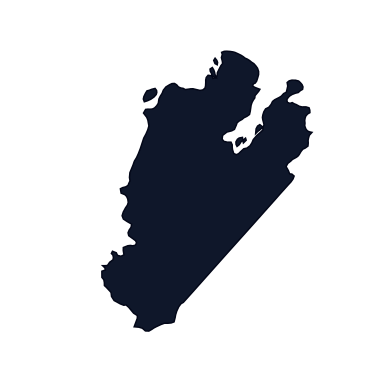 Curuçá, Pará, Brazil, rotated 26°
{"feature_id": "56859067B29190348828298", "entity_name": "Curuçá", "entity_type": "district", "adm_level": 2, "iso_a3": "BRA", "parent_name": "Brazil", "parent_adm1": "Pará", "projection": "albers", "projection_center": [-47.873, -0.754], "detail": "fine", "context": "isolated", "style": "filled", "palette": "ink", "viewbox_px": 384, "rotation_deg": 26, "n_neighbors": 0, "source": "geoboundaries", "source_scale": "gbopen_adm2", "svg_char_len": 4192}
<svg xmlns="http://www.w3.org/2000/svg" viewBox="0 0 384 384"><g transform="rotate(26 192 192)"><path d="M159.0,78.8L155.3,80.0L154.6,82.8L155.2,85.3L156.3,87.5L157.7,90.8L158.1,93.0L156.9,95.6L154.6,97.2L152.4,97.7L147.5,98.8L145.5,99.9L143.3,101.4L141.0,102.9L138.7,102.7L136.4,103.4L133.7,103.5L131.3,102.4L128.7,102.1L126.5,103.3L124.8,105.4L122.5,109.0L121.6,113.1L121.9,116.4L121.5,119.9L121.5,122.9L122.8,127.0L122.5,129.9L121.5,132.9L120.0,134.8L118.0,136.0L116.0,136.9L114.1,138.1L113.8,142.3L118.6,144.7L120.8,146.7L124.3,151.5L125.0,155.6L125.2,160.1L125.0,164.7L126.5,175.4L127.0,181.2L127.1,185.4L126.7,189.6L127.2,193.7L127.7,201.8L129.4,206.3L131.4,209.2L131.4,211.6L131.6,214.2L130.1,216.5L127.7,218.5L126.2,220.5L128.8,224.1L132.8,223.8L135.1,224.6L137.3,226.4L139.3,229.4L139.7,232.1L139.2,235.4L139.0,240.1L139.6,244.0L142.2,246.4L146.9,247.0L151.8,247.3L152.7,250.4L152.2,253.7L152.4,256.7L154.3,259.0L157.7,259.6L162.6,260.5L164.4,261.9L164.5,264.5L162.4,266.3L160.1,267.0L157.9,268.4L154.6,272.0L155.9,274.8L158.4,278.3L156.3,280.9L152.8,281.6L150.6,279.8L146.5,280.1L146.5,282.6L148.6,283.4L150.1,285.4L150.7,287.6L148.8,291.2L148.2,295.1L146.2,296.3L144.0,297.4L147.0,298.4L148.3,300.1L145.7,302.7L148.5,308.3L151.2,309.5L152.9,311.8L154.3,314.5L156.4,315.1L159.8,316.4L163.3,317.8L165.5,321.2L169.6,323.7L172.6,323.8L176.5,324.0L180.3,323.7L182.2,322.4L185.7,323.4L192.6,326.5L197.0,327.0L198.2,329.4L199.1,338.5L203.5,336.8L207.1,336.2L211.0,337.3L214.2,335.9L216.1,333.1L217.2,331.1L218.8,328.9L222.2,324.7L224.8,322.0L227.9,320.5L230.7,318.8L232.8,316.6L231.9,312.3L231.1,309.5L230.5,305.7L230.4,300.9L231.1,297.2L232.6,295.0L235.6,284.5L237.6,277.4L250.0,233.2L260.9,194.9L270.6,160.3L271.7,156.2L275.5,142.9L276.5,139.7L277.1,136.0L276.8,132.9L273.9,132.1L271.8,132.9L269.2,130.5L265.4,127.9L265.6,124.2L267.2,121.0L268.0,118.7L270.3,115.5L271.4,113.6L271.9,111.6L272.2,107.8L272.8,105.0L274.5,102.9L276.1,99.9L275.0,97.0L273.8,94.9L273.1,92.5L272.6,89.6L273.7,85.8L271.3,86.4L269.0,86.5L266.8,85.5L264.3,83.1L263.4,80.6L262.0,78.4L261.3,76.1L261.0,73.9L261.7,71.2L263.2,69.0L262.0,66.8L260.3,65.0L257.2,65.5L253.6,67.3L250.9,67.9L247.4,67.7L245.3,67.9L242.9,67.7L241.2,69.4L238.4,69.6L236.8,67.5L237.0,65.2L237.6,63.1L239.2,60.5L241.6,57.9L243.9,56.0L245.0,53.3L246.4,51.3L245.7,48.9L243.8,47.2L241.5,46.2L239.2,45.5L236.2,46.1L232.7,47.7L230.6,49.5L229.5,51.9L231.6,54.8L232.4,58.1L233.0,61.0L231.2,63.4L230.3,66.6L229.0,68.7L227.4,70.8L225.9,72.8L224.7,75.3L224.7,78.6L223.9,82.2L221.7,85.0L221.4,88.4L221.9,91.7L222.6,94.1L223.9,96.0L225.8,98.2L227.4,100.2L227.3,102.6L228.5,105.1L227.6,107.7L225.5,112.7L224.1,118.0L224.3,121.5L223.9,125.0L222.1,128.5L219.6,130.4L218.0,134.5L217.1,137.1L215.5,139.0L212.6,139.1L209.8,136.1L208.5,134.1L207.5,132.0L205.2,130.1L202.0,131.7L198.3,132.5L195.9,131.2L194.7,127.7L197.1,122.8L200.9,119.6L202.7,117.1L202.6,114.9L202.5,112.6L202.2,110.0L203.3,107.5L205.2,104.8L206.1,102.6L208.2,99.9L209.7,97.1L209.0,94.0L208.1,91.2L207.1,88.1L206.7,85.2L206.8,82.5L207.2,79.9L206.4,77.8L207.0,75.5L207.8,72.2L208.0,69.9L205.2,70.2L202.5,70.4L200.1,70.2L199.7,68.0L201.1,66.4L201.5,64.0L201.0,60.6L200.4,57.3L199.0,54.4L196.6,52.0L194.0,50.6L191.3,49.5L188.7,49.2L186.2,48.6L183.5,48.3L181.0,48.4L178.8,47.9L176.2,47.6L172.5,47.6L169.4,47.7L167.4,48.1L164.5,49.0L161.3,50.3L159.2,51.5L157.4,53.5L158.9,55.1L159.5,58.3L161.8,61.0L163.2,63.1L162.6,65.7L162.5,69.9L162.5,73.6L163.4,75.9L163.8,78.7L160.9,80.8L159.0,78.8ZM112.0,129.5L114.3,126.7L116.2,123.3L117.1,120.1L116.7,117.9L115.6,116.2L113.4,115.1L110.8,117.3L109.0,119.3L107.2,120.8L106.9,123.6L106.9,127.3L107.5,129.8L109.6,131.8L112.0,129.5ZM215.0,123.3L213.4,120.8L210.7,122.8L209.7,124.7L209.5,127.7L210.7,129.9L212.5,131.3L213.7,128.8L214.1,125.3L215.0,123.3ZM163.8,78.7L161.1,76.2L159.6,74.2L158.0,72.7L155.7,71.2L154.3,73.6L155.5,75.5L157.7,77.0L159.0,78.8L163.8,78.7ZM227.3,102.6L223.4,101.7L222.0,104.0L221.9,107.1L223.6,111.6L224.6,108.6L225.7,106.5L227.3,102.6ZM158.2,64.3L156.6,62.8L154.1,61.6L153.8,64.2L156.4,66.5L158.9,66.6L158.2,64.3ZM215.0,123.3L216.7,125.4L218.0,121.7L216.5,120.1L215.0,123.3Z" fill="#0f172a" stroke="#020617" stroke-width="1.5"/></g></svg>